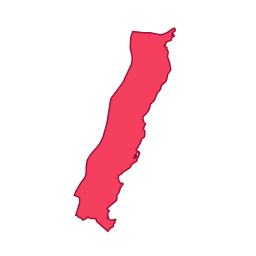 the border of Debubawi Keyih Bahri, rotated 66°
{"feature_id": "ERI-1565", "entity_name": "Debubawi Keyih Bahri", "entity_type": "Region", "adm_level": 1, "iso_a3": "ERI", "parent_name": "Eritrea", "parent_adm1": "", "projection": "albers", "projection_center": [41.929, 13.658], "detail": "medium", "context": "isolated", "style": "filled", "palette": "rose", "viewbox_px": 256, "rotation_deg": 66, "n_neighbors": 0, "source": "natural_earth", "source_scale": "10m", "svg_char_len": 1870}
<svg xmlns="http://www.w3.org/2000/svg" viewBox="0 0 256 256"><g transform="rotate(66 128 128)"><path d="M214.2,188.4L200.3,194.8L198.3,194.1L197.3,195.1L195.8,198.5L193.1,201.1L193.9,205.1L193.6,206.8L190.9,207.6L189.6,209.4L187.3,210.0L186.5,211.2L176.6,202.5L173.8,201.3L172.1,200.8L171.0,201.0L167.7,204.5L164.7,201.3L159.6,194.4L155.6,187.4L152.6,184.8L145.5,181.4L140.7,178.2L137.4,173.6L132.5,163.1L130.6,159.8L126.0,154.4L114.7,145.0L95.5,132.6L93.7,130.8L84.5,114.3L71.5,99.3L67.7,96.5L63.5,94.9L56.1,93.5L49.6,90.3L46.0,88.4L41.8,84.4L46.9,75.8L50.1,68.9L55.7,61.0L56.6,58.6L56.8,53.6L55.6,47.5L55.6,45.0L56.5,44.8L58.3,45.2L59.0,48.8L60.7,49.6L60.5,48.5L61.0,48.2L63.1,48.6L63.0,49.5L62.0,49.2L61.6,49.6L65.4,53.1L64.9,57.5L67.5,60.3L67.5,61.5L68.7,60.8L70.1,61.0L70.1,59.8L71.5,60.4L74.8,60.3L78.5,62.7L80.3,63.2L84.5,63.3L92.3,65.3L94.9,69.7L99.5,73.0L101.0,74.8L102.7,80.4L105.3,82.1L106.7,84.0L107.5,86.5L113.3,92.5L115.5,98.1L118.4,100.0L120.4,102.1L122.7,106.4L123.9,110.0L128.6,111.3L131.4,110.4L134.6,114.1L136.1,114.3L138.0,113.9L142.1,116.1L142.8,116.6L143.6,120.1L146.1,122.1L148.7,125.8L149.5,126.2L150.6,129.1L151.3,129.2L152.9,128.6L154.6,130.1L155.5,132.8L157.2,133.9L157.4,134.8L157.9,134.8L158.3,134.2L156.4,131.9L156.3,131.5L157.6,131.5L157.7,129.8L155.8,128.5L153.9,128.2L154.7,127.5L155.5,127.5L157.6,129.3L159.9,132.3L161.9,133.5L162.3,137.6L163.0,139.8L164.9,141.9L165.3,143.5L166.3,150.9L167.2,152.4L167.6,156.0L170.9,157.6L173.7,157.8L175.6,157.0L176.5,155.2L177.3,155.3L177.8,156.9L178.9,157.8L179.5,159.3L182.7,161.9L184.9,165.6L188.0,166.8L189.5,168.1L192.8,179.7L193.7,179.9L196.2,178.8L197.0,180.6L198.3,181.6L202.2,182.3L201.4,183.6L202.0,183.6L205.1,181.4L205.9,179.2L206.5,178.8L206.0,177.5L206.5,176.5L209.2,178.8L209.8,180.1L211.9,181.6L212.6,185.3L214.2,188.4Z" fill="#f43f5e" stroke="#9f1239" stroke-width="1.5"/></g></svg>